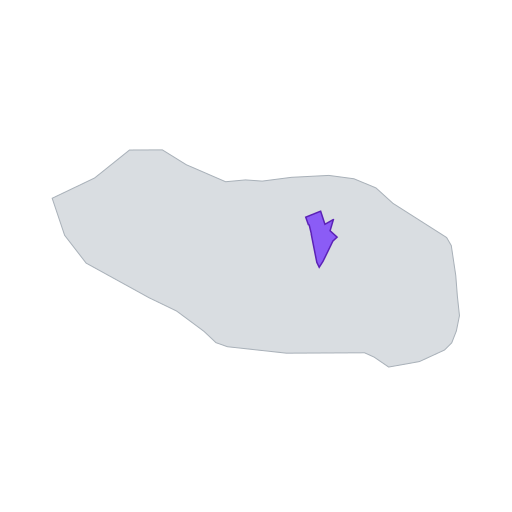 location of 81, Ar Rayyān, Qatar, rotated 281°
{"feature_id": "91078587B52698515683272", "entity_name": "81", "entity_type": "district", "adm_level": 2, "iso_a3": "QAT", "parent_name": "Qatar", "parent_adm1": "Ar Rayyān", "projection": "natural_earth1", "projection_center": [51.325, 25.138], "detail": "fine", "context": "in_parent", "style": "filled", "palette": "violet", "viewbox_px": 512, "rotation_deg": 281, "n_neighbors": 0, "source": "geoboundaries", "source_scale": "gbopen_adm2", "svg_char_len": 877}
<svg xmlns="http://www.w3.org/2000/svg" viewBox="0 0 512 512"><g transform="rotate(281 256 256)"><path d="M275.0,455.8L255.1,461.3L236.3,467.1L220.7,467.0L208.1,464.7L199.7,459.0L183.6,436.6L172.3,407.4L179.3,391.2L181.7,381.0L166.4,304.3L161.5,245.3L163.3,233.2L172.1,219.3L186.8,188.6L194.6,159.0L216.6,90.6L239.8,64.2L273.8,44.9L301.8,82.7L335.9,111.6L342.3,143.8L332.3,170.1L323.1,212.0L328.7,231.2L330.7,247.8L340.0,275.8L349.0,312.1L350.5,337.4L345.7,360.8L333.8,380.4L310.5,439.6L303.5,445.7L275.0,455.8Z" fill="#d9dde1" stroke="#a8b0b8" stroke-width="1"/><path d="M257.0,320.2L263.6,322.8L274.0,325.6L285.3,328.6L290.0,332.0L294.9,323.9L306.5,325.0L306.5,324.9L300.3,317.6L312.3,310.9L312.2,310.7L307.1,302.8L303.6,297.4L296.8,301.4L296.6,302.3L288.1,306.2L287.9,306.1L277.8,310.2L261.4,316.9L257.0,320.2Z" fill="#8b5cf6" stroke="#5b21b6" stroke-width="1.5"/></g></svg>